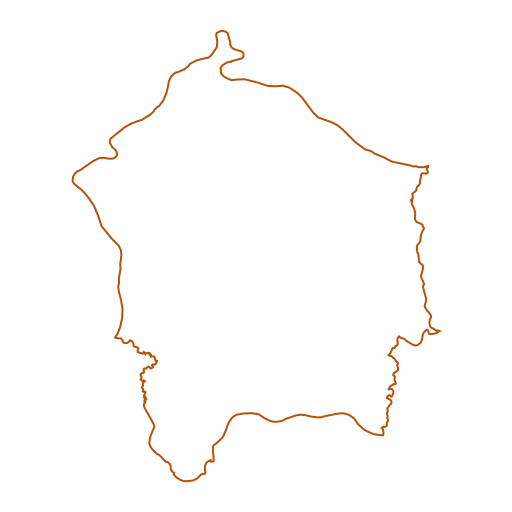 Kossi, Kossi, Burkina Faso (Albers equal-area conic projection)
{"feature_id": "67063806B77397496256894", "entity_name": "Kossi", "entity_type": "district", "adm_level": 2, "iso_a3": "BFA", "parent_name": "Burkina Faso", "parent_adm1": "Kossi", "projection": "albers", "projection_center": [-3.794, 12.935], "detail": "fine", "context": "isolated", "style": "outline", "palette": "amber", "viewbox_px": 512, "rotation_deg": 0, "n_neighbors": 0, "source": "geoboundaries", "source_scale": "gbopen_adm2", "svg_char_len": 6068}
<svg xmlns="http://www.w3.org/2000/svg" viewBox="0 0 512 512"><path d="M439.5,331.1L437.8,330.4L436.9,330.9L436.3,330.7L433.1,328.4L431.7,328.0L430.6,327.2L429.8,325.3L429.4,323.0L429.8,319.7L431.1,317.1L430.9,315.5L430.1,314.0L426.9,310.3L425.4,307.9L424.6,306.2L425.8,302.0L426.2,298.9L422.9,286.8L423.5,285.0L424.1,284.5L423.4,282.2L420.9,276.8L422.8,269.1L423.2,266.6L422.3,264.8L420.8,263.7L419.0,261.7L418.3,253.8L417.4,252.8L416.8,248.0L417.3,245.0L419.3,242.9L420.5,240.5L420.6,237.4L421.2,234.3L422.8,230.4L423.4,229.8L424.0,228.4L423.7,227.6L422.8,226.4L422.5,225.0L421.6,224.1L416.3,221.8L414.8,219.1L415.3,213.2L414.1,208.5L412.1,204.5L411.7,203.0L412.3,199.5L411.1,200.2L411.2,199.7L412.6,198.3L413.0,196.7L412.5,195.4L412.5,193.6L415.9,190.8L416.4,189.6L417.0,186.9L418.9,185.2L420.1,182.9L419.8,181.0L420.8,178.0L421.0,175.2L421.2,174.5L421.8,173.6L422.5,173.3L426.5,173.6L427.7,172.8L427.8,171.4L426.7,169.1L426.7,168.8L428.3,166.4L428.1,165.9L424.2,167.2L418.0,167.1L416.4,166.3L412.8,166.4L410.0,165.4L391.9,161.6L384.7,157.8L373.7,153.2L372.3,151.8L369.4,150.6L365.7,149.6L362.9,147.8L355.5,142.2L342.1,129.0L338.0,125.7L332.2,122.4L318.1,117.4L313.3,112.7L301.9,97.4L297.1,92.7L289.1,87.5L282.9,85.7L275.0,86.3L268.0,86.0L258.3,82.7L244.7,79.3L237.5,79.5L231.5,80.2L226.0,77.8L223.4,76.1L221.0,73.4L220.6,68.0L222.4,65.4L227.0,62.4L230.9,61.8L230.9,61.4L241.9,58.4L243.5,56.5L243.4,53.3L241.7,51.5L234.1,49.2L231.6,47.4L230.1,44.5L230.3,42.8L227.6,33.1L225.4,31.5L221.7,30.7L216.8,32.8L216.1,34.7L217.3,41.7L216.8,47.2L211.4,55.1L208.6,57.6L203.1,58.7L196.7,60.4L190.2,63.7L188.2,66.3L184.2,69.4L178.1,72.0L175.0,72.8L171.1,76.5L168.8,81.5L167.9,87.1L166.2,93.6L163.3,100.3L159.2,106.0L157.6,106.9L154.7,109.4L153.8,111.3L150.3,114.6L141.7,119.9L136.4,121.6L131.0,123.7L124.6,127.3L110.7,138.5L109.8,140.5L109.9,142.6L112.1,147.0L114.8,149.2L116.4,151.4L117.2,154.8L115.4,157.3L113.1,158.5L109.1,158.7L103.7,157.8L99.5,158.0L93.2,161.0L80.4,170.0L76.8,171.7L74.7,173.8L73.1,176.5L72.5,181.0L73.9,183.6L81.6,189.9L85.5,194.0L89.4,199.0L94.1,206.1L97.8,214.8L101.6,226.2L111.4,238.3L118.6,245.5L120.8,249.9L121.4,254.9L120.2,265.0L120.6,268.4L118.9,278.4L119.0,282.4L118.2,286.8L119.0,292.2L121.0,299.9L122.5,308.8L122.1,318.2L120.1,327.2L117.8,333.3L115.1,337.6L118.1,338.4L120.1,338.3L121.3,338.6L122.4,340.0L122.6,341.4L123.6,342.6L124.1,342.8L125.5,343.1L127.1,343.0L129.6,341.1L130.2,340.3L130.9,340.9L132.2,341.4L133.2,342.9L133.7,345.9L134.4,346.8L135.7,346.8L136.8,347.4L137.8,347.5L138.1,347.8L138.2,348.9L137.7,350.2L137.7,351.9L138.5,352.4L142.9,353.7L143.4,353.4L143.4,352.3L143.8,351.9L144.2,352.3L144.6,353.5L145.2,354.1L145.6,353.1L147.7,353.1L149.0,352.7L149.7,353.2L149.4,354.5L149.7,354.8L150.7,354.4L150.9,354.6L150.7,356.5L151.0,356.7L152.9,356.3L154.4,356.7L154.8,357.0L155.0,359.6L155.5,360.6L155.8,360.9L156.6,360.6L157.0,360.8L156.3,363.0L154.8,364.7L153.6,364.3L152.8,364.4L151.9,365.2L153.1,367.0L152.9,367.4L150.7,368.6L149.1,366.8L148.3,366.6L146.0,368.6L144.4,368.4L143.7,369.0L143.6,370.3L144.0,371.0L143.8,372.6L143.5,372.9L142.4,372.8L140.5,374.3L141.4,376.7L141.6,377.9L140.6,379.3L142.3,381.0L143.3,380.4L144.4,380.7L144.8,381.1L144.4,381.8L142.9,383.1L143.0,385.5L142.0,387.2L142.6,388.2L142.7,389.2L143.3,389.6L143.3,390.8L142.9,391.4L144.6,392.3L144.9,391.8L145.3,391.8L145.4,392.1L144.6,394.5L144.0,395.1L143.9,396.5L144.2,396.7L144.8,396.4L145.6,397.2L145.6,397.8L145.1,398.2L144.4,398.2L144.6,398.8L145.9,398.7L146.4,399.1L146.1,399.5L145.4,399.6L144.4,400.5L144.3,401.1L144.6,401.4L145.0,401.1L145.4,401.4L145.5,402.1L145.0,402.9L144.1,403.6L143.9,404.9L144.0,406.3L144.7,408.0L153.5,423.8L154.2,425.8L154.3,426.9L154.0,428.1L153.2,429.4L150.5,436.2L149.8,439.0L149.4,442.9L149.5,444.2L150.8,447.1L152.3,449.3L157.4,454.4L158.8,454.5L166.1,462.0L167.5,462.1L168.8,463.0L170.6,465.3L170.9,469.1L171.3,470.2L172.5,471.9L174.1,472.8L173.7,474.5L176.4,477.4L180.5,480.0L182.4,480.7L185.6,481.3L192.6,480.6L195.0,479.6L197.6,478.0L201.0,474.7L202.3,473.9L204.6,473.8L204.9,473.6L205.3,473.0L205.4,472.2L204.8,468.4L205.0,465.8L206.3,462.9L207.2,462.0L208.9,460.9L210.5,460.2L210.5,461.6L212.3,461.6L213.3,461.4L213.7,461.1L213.8,459.8L213.5,458.7L213.6,456.4L213.0,452.4L212.8,447.0L213.1,446.0L214.8,444.3L216.0,443.6L218.7,441.3L221.8,438.2L223.4,435.9L226.4,429.1L228.0,423.9L229.5,421.3L232.0,417.8L234.0,416.2L236.4,414.8L239.7,414.1L243.6,413.5L250.3,413.2L251.8,413.2L257.2,414.0L258.8,414.4L264.4,418.1L270.1,420.9L271.3,421.3L275.8,421.9L281.8,421.0L286.7,418.4L289.1,417.8L295.5,415.5L300.2,414.6L306.0,415.3L311.1,416.6L318.8,417.5L321.4,417.2L325.7,416.0L335.2,414.1L339.3,413.5L342.6,413.2L343.8,413.4L347.8,414.4L350.1,415.6L354.2,418.5L357.9,424.0L363.9,429.5L367.5,431.5L373.2,434.0L379.3,435.0L382.9,435.3L383.3,434.6L383.5,433.6L383.1,429.8L382.7,428.9L381.7,428.2L382.8,426.9L383.7,426.6L383.9,426.9L385.0,426.9L386.8,425.7L386.9,422.7L387.9,421.1L388.0,419.3L387.1,417.9L387.6,416.0L386.8,413.8L387.8,411.4L387.3,408.5L389.2,406.0L389.8,404.7L391.2,403.7L391.4,403.2L391.5,401.7L391.0,400.4L390.3,399.8L387.1,398.3L387.5,396.0L389.1,395.2L389.8,395.2L391.0,396.7L391.8,396.5L393.4,393.2L393.3,391.1L392.0,389.2L391.4,388.9L390.4,388.8L389.1,389.4L388.5,389.3L388.5,388.9L389.4,388.2L389.7,386.8L391.3,385.5L391.9,385.4L393.6,384.2L395.6,384.0L395.8,383.1L394.7,380.4L394.5,379.1L394.9,376.8L394.4,376.0L393.3,375.3L393.3,374.3L394.0,373.1L397.8,370.5L398.1,369.4L397.9,367.5L397.2,366.2L397.1,365.5L398.0,363.7L397.9,362.7L396.5,361.6L394.4,358.6L392.9,357.6L392.0,356.5L391.4,356.1L389.0,355.6L388.5,355.2L388.6,354.8L390.6,352.9L392.1,349.1L392.6,348.4L393.2,348.0L394.5,348.0L395.0,346.7L395.5,346.1L397.0,345.5L397.5,345.0L397.7,341.8L397.3,340.6L397.4,339.3L397.6,338.4L398.9,336.4L401.4,338.2L403.9,338.7L407.1,341.4L412.6,344.6L415.5,345.5L416.9,345.4L419.0,344.2L420.7,342.7L422.0,339.6L422.5,335.8L423.3,333.3L425.5,330.7L426.6,329.8L427.5,329.9L428.1,330.6L428.9,333.6L429.7,334.1L432.9,333.9L436.5,333.1L439.0,331.3L439.5,331.1Z" fill="none" stroke="#b45309" stroke-width="2"/></svg>